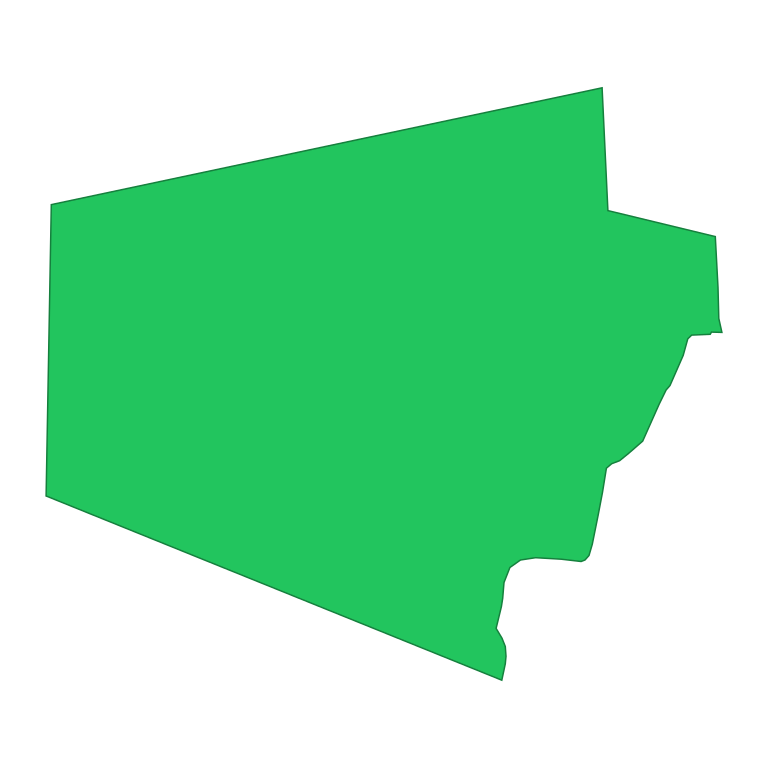 Fond Gens Libre, Soufrière, Saint Lucia
{"feature_id": "8701671B9474908465202", "entity_name": "Fond Gens Libre", "entity_type": "district", "adm_level": 2, "iso_a3": "LCA", "parent_name": "Saint Lucia", "parent_adm1": "Soufrière", "projection": "robinson", "projection_center": [-61.061, 13.808], "detail": "fine", "context": "isolated", "style": "filled", "palette": "green", "viewbox_px": 768, "rotation_deg": 0, "n_neighbors": 0, "source": "geoboundaries", "source_scale": "gbopen_adm2", "svg_char_len": 620}
<svg xmlns="http://www.w3.org/2000/svg" viewBox="0 0 768 768"><path d="M602.1,87.8L51.3,204.6L46.1,496.0L501.8,680.2L505.3,663.8L506.0,656.3L505.3,646.5L502.0,638.2L496.1,628.4L501.4,606.6L502.7,598.3L504.0,582.5L509.9,567.5L520.5,560.0L535.6,557.7L561.3,559.2L581.1,561.5L585.0,560.0L589.0,555.5L592.3,544.2L598.2,514.9L602.5,492.3L606.4,468.2L611.7,463.7L619.6,460.7L628.8,453.2L642.7,441.1L659.1,404.3L666.1,390.0L670.0,385.5L683.2,355.4L687.8,338.8L691.7,335.1L710.2,334.3L711.5,332.1L721.9,332.4L718.8,318.4L718.0,287.4L715.3,236.6L607.9,210.6L602.1,87.8Z" fill="#22c55e" stroke="#15803d" stroke-width="1.5"/></svg>